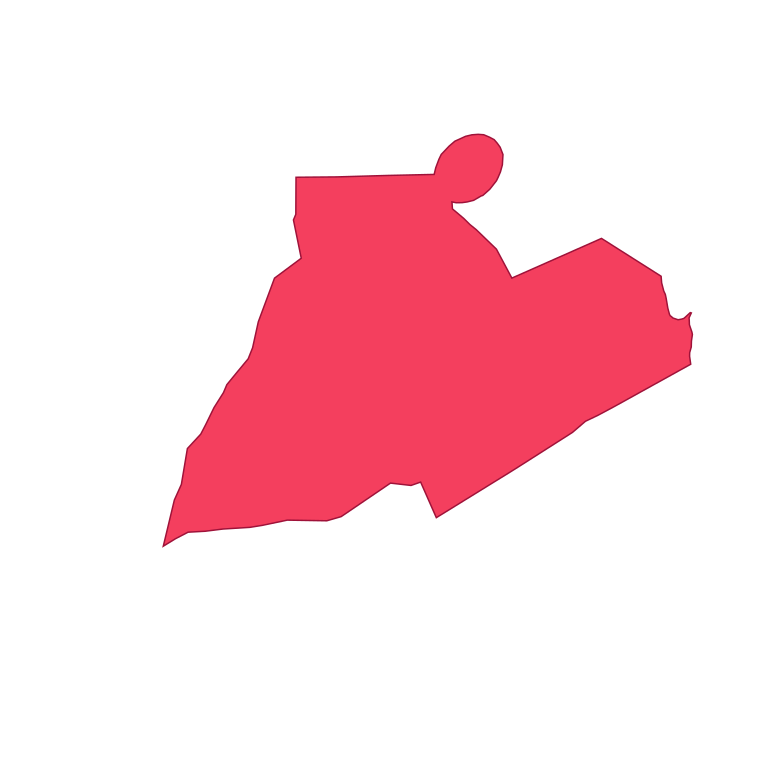 outline of Selibabi, Guidimaka, Mauritania, rotated 224°
{"feature_id": "47542326B53880541156854", "entity_name": "Selibabi", "entity_type": "district", "adm_level": 2, "iso_a3": "MRT", "parent_name": "Mauritania", "parent_adm1": "Guidimaka", "projection": "equal_earth", "projection_center": [-12.373, 15.469], "detail": "fine", "context": "isolated", "style": "filled", "palette": "rose", "viewbox_px": 768, "rotation_deg": 224, "n_neighbors": 0, "source": "geoboundaries", "source_scale": "gbopen_adm2", "svg_char_len": 1419}
<svg xmlns="http://www.w3.org/2000/svg" viewBox="0 0 768 768"><g transform="rotate(224 384 384)"><path d="M590.9,471.6L565.3,444.8L563.1,439.1L530.9,417.0L536.3,384.1L517.6,341.4L503.7,318.8L499.2,307.8L498.0,291.7L496.6,274.4L493.5,266.3L489.9,249.0L484.1,231.1L481.0,220.7L480.6,201.0L460.0,171.0L454.2,154.9L430.1,114.0L426.5,127.9L422.0,141.3L410.4,153.8L399.1,167.8L380.9,187.7L373.4,197.7L359.0,218.9L330.1,245.9L322.7,258.8L310.5,317.2L294.1,329.8L289.5,338.9L253.5,324.2L231.8,409.4L229.4,419.2L214.8,480.1L213.2,497.1L208.3,510.3L202.6,528.0L177.1,611.3L183.4,616.2L185.9,618.9L188.7,624.1L192.7,628.5L196.5,633.8L198.5,635.2L203.0,637.5L205.5,638.8L208.8,642.0L210.5,643.5L212.3,648.6L213.3,648.1L213.7,641.3L213.9,639.4L215.0,637.4L217.1,634.5L221.1,632.6L222.4,632.1L223.9,632.2L225.4,631.9L227.0,632.4L232.5,635.7L235.6,638.0L240.5,641.6L243.9,643.9L247.3,645.2L254.5,649.6L259.5,654.0L328.7,639.8L365.6,549.0L396.8,559.1L424.8,559.1L433.0,558.4L441.8,558.5L456.4,557.5L461.6,562.2L458.0,564.5L453.8,568.7L450.6,572.8L447.1,578.4L444.8,586.6L443.9,588.3L443.2,597.7L444.3,608.3L445.5,612.0L447.6,617.5L451.1,623.9L457.8,631.7L464.9,635.0L469.9,635.9L474.5,636.3L479.4,634.9L485.4,632.6L489.7,629.0L493.9,624.3L497.4,618.8L499.9,612.4L501.7,607.9L502.4,600.4L502.3,588.9L500.6,583.8L497.0,575.5L493.5,569.6L525.9,536.9L562.0,500.0L590.9,471.6Z" fill="#f43f5e" stroke="#9f1239" stroke-width="1.5"/></g></svg>